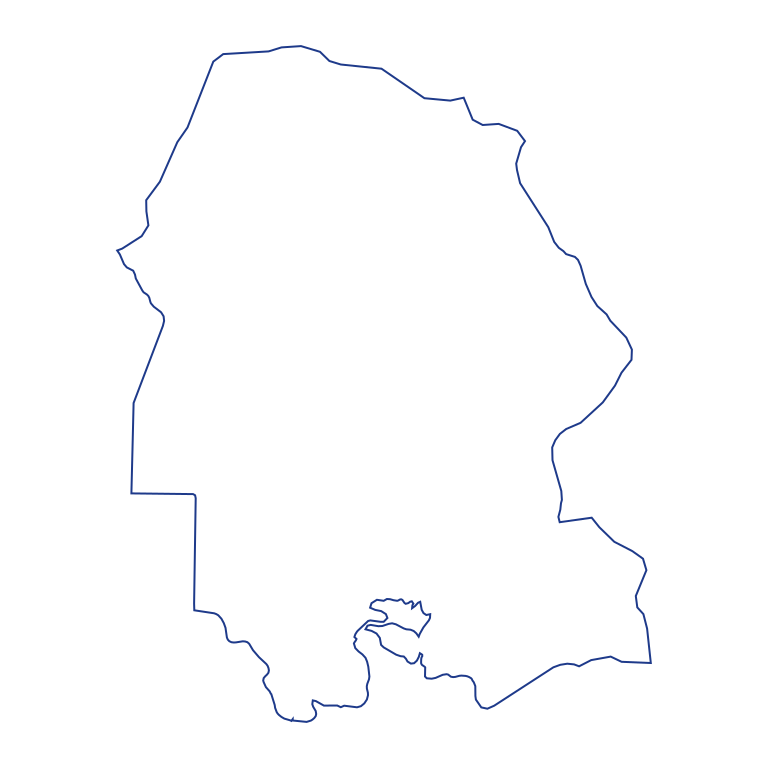 an SVG outline of Khuzestan
{"feature_id": "IRN-3219", "entity_name": "Khuzestan", "entity_type": "Province", "adm_level": 1, "iso_a3": "IRN", "parent_name": "Iran", "parent_adm1": "", "projection": "albers", "projection_center": [48.994, 31.501], "detail": "fine", "context": "isolated", "style": "outline", "palette": "blue", "viewbox_px": 768, "rotation_deg": 0, "n_neighbors": 0, "source": "natural_earth", "source_scale": "10m", "svg_char_len": 3644}
<svg xmlns="http://www.w3.org/2000/svg" viewBox="0 0 768 768"><path d="M233.6,642.5L231.4,642.2L229.3,641.2L227.8,639.6L226.9,637.5L225.5,627.8L223.8,623.1L221.4,618.7L218.3,615.3L216.3,614.1L214.2,613.3L194.3,610.3L194.1,603.6L195.7,498.2L195.1,495.3L193.1,494.1L131.4,493.4L132.7,440.5L133.6,403.0L162.9,325.9L164.1,320.9L163.6,316.3L161.1,312.3L153.8,306.7L150.9,303.3L150.3,301.7L149.3,297.8L148.3,295.9L146.9,294.5L143.6,292.3L142.3,290.5L135.8,278.5L135.0,274.6L133.2,270.7L126.8,267.4L124.0,264.1L119.9,254.5L117.2,250.5L122.2,248.6L141.7,236.1L148.4,225.4L146.4,211.4L146.2,200.2L159.9,181.7L177.3,142.2L187.5,127.5L213.3,61.6L223.2,54.1L268.6,51.4L281.5,47.4L301.0,46.1L320.0,51.8L329.4,61.0L340.8,64.5L381.5,68.7L424.4,98.2L450.3,100.6L463.7,97.7L472.7,119.7L482.7,125.0L498.7,123.9L517.2,130.8L525.0,141.1L521.0,147.2L516.2,163.6L517.0,170.0L520.1,183.2L548.3,227.2L554.2,241.9L558.8,247.8L563.4,251.1L566.1,254.1L574.9,256.9L578.0,259.9L580.6,265.7L585.8,283.9L591.5,297.0L597.3,306.0L606.6,314.4L610.3,320.7L626.3,337.6L631.9,349.6L631.5,359.8L621.5,372.7L615.0,385.6L602.8,402.4L580.6,422.8L566.2,429.0L559.9,433.9L555.3,440.2L552.2,447.4L552.5,460.2L561.3,491.0L561.9,499.9L561.0,503.2L560.3,509.7L558.4,516.9L559.7,522.2L591.7,517.7L599.4,527.3L614.3,541.8L632.3,551.1L643.0,558.7L646.4,570.2L635.8,596.0L637.3,607.4L643.4,614.1L647.1,628.6L650.8,663.0L621.6,661.8L610.7,656.6L591.2,660.1L579.1,666.3L574.1,664.4L567.3,663.7L560.3,664.8L553.4,667.3L494.2,705.7L487.4,708.7L481.3,707.4L475.9,699.6L475.4,696.0L475.3,686.1L473.8,682.3L472.4,680.4L471.9,679.2L471.2,678.3L469.2,677.1L467.3,676.3L465.5,675.9L461.4,675.6L459.4,675.8L455.3,676.9L453.1,677.1L450.9,676.7L448.2,674.6L446.6,674.2L442.7,674.8L435.6,677.9L431.7,678.7L426.8,678.3L425.0,676.5L425.2,667.4L424.7,666.8L422.0,664.9L421.2,663.6L421.1,662.4L421.2,659.2L421.5,657.5L422.3,656.1L422.2,654.7L419.9,653.2L418.8,656.9L416.9,660.6L414.1,663.2L410.9,663.6L407.5,661.5L405.9,658.7L403.8,656.5L400.6,656.2L396.2,654.7L383.7,647.4L381.1,644.9L379.8,637.9L376.5,633.5L371.6,630.9L365.5,629.3L367.5,625.7L370.7,624.9L378.4,626.2L382.4,626.0L388.6,623.9L392.1,623.3L395.9,624.3L403.7,628.4L406.3,629.3L410.5,629.7L413.7,631.0L416.3,633.3L418.7,636.7L419.8,633.8L423.4,627.4L428.9,620.3L430.0,617.9L430.2,614.2L426.3,615.0L423.5,613.1L421.7,609.8L420.2,601.8L418.0,602.8L415.1,606.0L412.1,608.2L412.4,605.4L412.7,604.7L413.4,603.7L411.8,601.3L410.2,601.7L408.3,603.1L405.7,603.8L404.5,603.0L402.4,599.9L401.1,599.3L400.0,599.5L398.2,600.5L397.2,600.8L393.5,600.2L390.1,599.2L386.9,599.0L383.7,600.8L376.9,599.8L371.5,603.2L370.1,607.7L375.2,609.9L381.2,611.1L385.9,614.1L387.4,618.0L383.7,621.8L380.5,621.8L370.3,620.4L368.1,621.0L357.8,630.7L357.0,631.6L355.3,634.3L354.4,637.0L356.5,639.0L355.8,640.5L354.5,642.3L353.9,643.4L355.3,648.1L358.6,651.5L362.4,654.4L365.5,657.8L367.1,661.7L368.3,666.7L369.4,676.5L369.0,679.3L367.3,683.8L366.8,686.2L366.9,688.6L367.9,692.7L368.0,695.2L366.9,699.5L364.3,703.4L360.9,706.2L357.0,707.3L344.2,705.7L340.8,707.2L337.2,705.5L323.9,705.6L315.9,701.1L312.8,700.4L312.3,704.2L313.2,706.8L315.7,711.0L316.2,714.0L315.7,716.1L314.3,718.0L312.6,719.5L310.9,720.6L306.6,721.9L292.7,720.5L292.7,719.1L291.7,720.4L291.4,720.9L290.1,720.3L284.3,718.6L281.4,716.9L278.8,714.8L277.6,713.5L276.7,712.1L275.1,707.8L274.7,705.0L271.3,694.1L270.8,693.7L269.7,691.4L265.9,687.1L263.6,682.0L263.2,680.5L263.7,678.1L265.2,676.3L267.0,674.6L268.4,672.8L268.9,670.4L268.5,668.1L267.6,665.8L266.3,664.0L259.0,657.2L253.0,650.2L249.2,643.8L247.4,642.2L245.2,641.5L242.8,641.3L235.9,642.4L233.6,642.5Z" fill="none" stroke="#1e3a8a" stroke-width="2"/></svg>